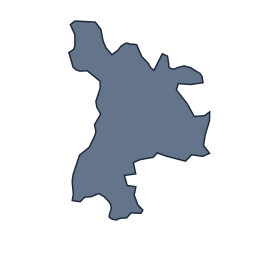 SVG path tracing the border of Dobele, rotated 287°
{"feature_id": "LVA-1082", "entity_name": "Dobele", "entity_type": "Municipality", "adm_level": 1, "iso_a3": "LVA", "parent_name": "Latvia", "parent_adm1": "", "projection": "orthographic", "projection_center": [23.182, 56.625], "detail": "fine", "context": "isolated", "style": "filled", "palette": "slate", "viewbox_px": 256, "rotation_deg": 287, "n_neighbors": 0, "source": "natural_earth", "source_scale": "10m", "svg_char_len": 1328}
<svg xmlns="http://www.w3.org/2000/svg" viewBox="0 0 256 256"><g transform="rotate(287 128 128)"><path d="M188.3,53.2L191.2,53.1L201.6,50.0L210.1,42.6L214.8,46.0L219.7,65.8L214.2,73.3L203.6,78.9L198.0,83.7L193.4,91.3L199.6,95.7L204.6,97.6L208.3,101.0L209.1,103.0L208.7,104.6L209.9,109.9L210.1,112.0L207.9,113.8L200.2,120.4L198.6,123.5L195.3,129.0L192.4,131.8L190.7,136.0L209.0,139.1L208.3,144.7L201.2,148.2L198.4,149.1L197.2,151.9L197.8,154.9L200.6,158.3L203.8,163.5L204.0,170.2L201.1,181.0L198.8,183.8L193.2,186.5L187.9,175.1L185.2,163.1L178.6,163.1L168.5,177.5L158.4,187.9L162.0,197.5L167.3,201.4L158.9,203.8L143.9,203.8L133.3,205.4L127.6,213.4L122.8,207.8L121.0,196.7L113.1,192.7L112.3,172.7L112.7,163.2L107.4,160.8L101.3,148.8L96.5,143.2L86.4,148.8L81.6,138.4L72.8,144.0L74.1,152.7L65.7,153.5L57.4,159.8L53.8,166.2L50.3,165.4L47.7,155.8L41.5,152.9L40.0,148.1L39.2,147.0L38.2,145.1L36.8,144.1L36.4,142.4L36.3,140.2L36.4,138.1L37.4,136.0L40.4,135.5L46.3,135.5L49.3,134.1L52.1,131.1L55.4,125.1L56.7,119.1L51.5,112.7L49.3,106.9L43.5,103.8L42.3,95.9L48.7,95.1L60.7,90.2L67.6,89.1L87.9,89.6L98.3,96.6L111.8,98.6L115.6,98.2L121.4,95.0L133.3,97.8L138.7,92.2L144.1,89.5L157.9,89.8L164.6,87.6L170.8,72.3L168.3,65.2L168.5,61.3L170.0,57.8L182.9,49.4L186.5,52.5L188.3,53.2Z" fill="#64748b" stroke="#1e293b" stroke-width="1.5"/></g></svg>